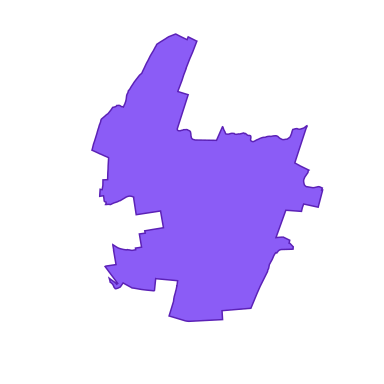 the district of Daneasa, Olt, Romania, rotated 307°
{"feature_id": "2599482B91026732160109", "entity_name": "Daneasa", "entity_type": "district", "adm_level": 2, "iso_a3": "ROU", "parent_name": "Romania", "parent_adm1": "Olt", "projection": "orthographic", "projection_center": [24.592, 44.122], "detail": "fine", "context": "isolated", "style": "filled", "palette": "violet", "viewbox_px": 384, "rotation_deg": 307, "n_neighbors": 0, "source": "geoboundaries", "source_scale": "gbopen_adm2", "svg_char_len": 5899}
<svg xmlns="http://www.w3.org/2000/svg" viewBox="0 0 384 384"><g transform="rotate(307 192 192)"><path d="M279.8,272.2L278.9,267.6L277.9,262.4L277.1,256.6L284.3,254.1L311.2,244.9L312.4,244.6L313.7,244.4L314.0,244.1L314.1,243.9L313.8,243.7L312.2,243.3L310.5,242.8L310.0,242.5L307.6,240.8L306.6,239.9L306.4,239.3L306.0,238.6L305.9,237.8L305.7,237.5L304.8,236.6L304.2,236.1L303.2,235.4L302.7,234.9L302.4,234.9L302.1,235.0L300.5,235.5L298.8,236.2L298.3,236.4L297.5,236.6L295.1,237.2L294.5,237.1L292.7,236.6L291.5,236.2L291.3,236.0L290.7,235.3L289.0,233.7L288.6,233.1L288.3,232.6L288.1,232.0L288.0,231.0L287.9,230.5L287.8,230.2L287.8,228.6L288.0,227.4L288.0,227.0L287.9,226.5L287.7,225.7L287.3,225.0L286.1,223.6L285.4,222.9L284.7,222.3L284.1,221.8L283.5,221.0L283.1,220.3L282.1,219.2L281.5,218.7L280.8,218.1L280.1,217.8L279.8,217.6L279.5,217.3L279.0,216.5L277.8,215.4L275.8,214.1L273.8,213.1L272.9,212.5L272.1,212.1L270.2,211.3L269.7,211.0L269.0,210.5L268.7,210.0L268.5,209.4L268.4,209.0L268.4,208.2L268.5,207.8L269.0,207.4L269.4,207.0L270.6,206.5L271.2,206.0L271.7,205.6L272.0,205.2L272.1,204.8L272.0,204.4L271.8,203.9L271.3,203.3L271.0,202.7L270.8,202.2L270.8,201.7L270.9,200.7L270.9,199.5L270.6,199.1L270.3,198.9L270.3,198.7L270.3,197.8L270.1,197.6L268.4,196.3L267.1,195.2L266.8,194.9L266.2,194.0L265.9,193.8L264.9,192.9L264.3,192.0L264.0,191.4L264.0,191.2L264.1,190.7L264.1,190.3L263.8,190.0L263.3,189.1L262.4,188.0L260.1,186.3L259.5,185.5L258.9,184.5L258.8,184.2L258.8,183.9L258.9,183.7L259.5,182.6L259.8,182.2L260.7,180.3L261.1,179.5L261.6,178.9L261.8,178.5L262.4,177.8L262.5,177.5L262.4,177.1L261.5,177.3L260.6,177.5L248.0,180.5L235.4,163.2L235.3,162.9L235.1,162.3L234.7,161.3L234.5,160.8L234.6,159.9L234.8,159.2L235.0,158.9L236.3,157.3L236.8,156.9L237.8,156.0L239.1,154.6L239.3,153.9L239.4,153.6L239.3,152.8L239.2,152.3L239.0,151.8L239.0,151.3L239.0,151.0L239.0,150.9L238.5,149.9L238.3,149.7L237.7,149.1L237.2,148.4L236.6,147.7L236.3,147.6L235.6,147.2L235.1,146.7L234.8,146.4L233.9,145.8L233.5,145.4L233.2,145.0L232.9,144.5L232.7,144.0L232.7,143.5L232.8,142.9L233.6,142.2L267.4,130.4L263.7,120.2L264.2,120.0L265.6,119.6L275.2,116.8L280.3,115.0L286.9,113.1L286.9,112.9L297.2,110.0L304.2,108.3L312.9,105.8L315.4,105.1L315.3,104.8L313.6,95.6L310.7,96.4L309.3,89.3L308.4,84.0L308.1,83.7L302.7,80.4L302.1,80.0L299.6,79.0L298.8,78.8L297.1,78.1L296.0,77.7L293.0,76.5L288.8,75.0L288.5,75.0L287.5,75.3L286.1,75.4L281.1,76.2L279.7,76.3L277.8,76.5L275.4,76.8L270.1,77.8L268.4,78.0L266.7,78.3L262.0,79.3L258.9,79.9L257.2,80.3L256.6,80.4L256.0,80.3L253.7,79.8L248.4,79.7L245.8,79.7L244.9,79.7L243.6,79.8L242.3,79.9L239.1,80.1L236.8,80.4L234.6,80.3L234.3,80.3L233.2,80.9L232.4,81.1L230.9,81.3L229.6,81.8L227.2,83.2L226.3,83.7L224.3,84.6L223.4,84.8L222.5,85.2L220.4,85.6L218.6,86.1L218.3,85.1L217.7,84.2L217.7,83.1L217.6,82.3L217.3,81.6L217.1,81.3L216.5,80.7L216.1,80.2L215.9,79.9L214.7,79.8L214.2,79.6L213.6,79.2L212.7,78.5L211.8,77.7L211.2,77.8L208.6,77.9L204.5,77.8L203.8,77.7L203.5,77.7L202.7,77.3L201.9,77.1L201.4,77.0L200.7,76.9L196.7,76.0L195.7,75.8L195.3,75.8L194.2,76.2L193.0,76.8L190.7,77.5L189.8,77.7L187.0,78.8L185.7,79.2L182.8,80.3L181.6,80.8L174.1,83.5L171.0,84.5L165.9,86.7L165.2,86.9L165.4,87.8L166.8,94.2L166.9,95.0L167.4,96.7L168.2,100.4L168.8,102.8L168.9,103.1L168.9,103.5L169.1,104.0L169.2,104.6L169.0,104.9L162.4,109.3L159.9,111.1L156.7,113.2L153.6,115.4L151.1,117.2L148.1,113.6L143.7,116.8L140.1,118.7L139.7,118.8L138.9,117.0L133.4,120.6L133.0,120.9L134.6,122.4L135.7,123.6L134.1,125.3L132.5,126.8L131.9,127.4L131.8,128.4L131.9,128.6L132.2,129.3L131.9,129.6L131.4,130.2L130.0,130.5L130.4,131.1L131.4,132.1L132.3,133.3L132.5,133.6L132.6,134.0L132.8,134.3L133.0,134.5L134.6,135.3L136.1,136.1L139.4,138.4L141.3,139.3L141.9,139.9L143.7,140.6L148.4,142.5L149.4,143.1L150.2,143.7L151.1,144.5L151.7,145.4L152.3,146.6L152.8,148.6L151.8,149.3L140.3,161.1L157.9,178.3L146.3,190.7L132.6,177.6L131.0,179.4L126.8,175.2L117.6,184.9L115.5,182.9L113.2,180.6L112.0,181.8L109.7,179.7L109.2,179.1L108.7,178.3L108.2,177.1L107.6,176.1L107.2,175.4L106.8,175.0L106.9,174.9L106.2,174.3L105.8,173.6L104.8,171.7L103.7,169.2L103.0,167.2L102.7,165.5L102.6,164.4L102.3,160.5L101.9,160.8L98.4,164.5L98.2,164.5L88.3,175.0L81.0,167.8L80.2,167.4L77.1,177.9L74.3,187.7L73.0,187.4L73.3,186.2L73.4,184.4L73.3,180.5L73.3,177.8L71.5,180.2L70.8,180.7L70.8,182.6L70.5,184.4L69.3,186.7L69.0,187.1L68.9,187.8L68.6,188.9L68.7,189.1L69.0,189.5L70.6,190.7L73.0,191.9L77.9,191.7L78.2,194.0L79.2,200.8L79.2,201.5L79.5,202.2L80.2,203.4L81.9,206.7L83.8,210.4L86.0,214.2L87.7,217.0L88.8,218.8L90.0,220.8L90.4,221.2L91.0,221.2L91.4,220.9L101.0,215.1L101.2,215.6L105.9,223.2L107.7,226.1L108.2,226.9L112.5,233.9L108.3,236.3L108.3,236.1L108.1,236.1L107.5,236.6L105.7,237.5L103.7,238.4L102.7,238.7L102.3,239.0L97.9,240.7L95.5,241.9L94.3,242.6L93.5,243.1L79.2,248.3L82.3,256.6L85.0,264.0L85.5,265.1L86.6,267.0L87.3,267.9L108.5,293.2L115.3,287.4L134.6,309.0L150.1,305.0L157.7,303.2L173.9,300.2L175.5,299.4L176.8,299.3L178.3,298.6L180.1,297.7L180.9,297.4L182.7,297.2L183.5,297.0L184.6,296.9L186.6,296.6L190.2,295.7L191.6,295.5L193.0,295.4L193.6,295.4L194.1,295.5L194.1,296.0L194.3,296.4L194.6,296.4L194.8,296.3L195.5,296.4L196.9,296.4L197.9,296.7L198.3,296.7L198.6,297.0L199.7,297.8L206.8,306.7L207.3,307.1L207.6,306.8L209.2,305.8L209.2,305.5L209.8,301.9L209.9,301.1L209.7,300.5L209.6,300.3L212.3,299.1L210.9,292.0L210.7,291.8L209.1,289.8L206.1,286.5L230.7,278.9L233.9,277.9L238.1,284.4L242.4,291.1L245.8,289.6L249.2,288.5L249.6,288.4L255.8,301.9L271.4,295.5L272.2,295.1L271.6,294.4L273.6,293.7L273.0,291.0L272.7,290.3L272.4,289.8L272.1,289.5L269.0,286.9L268.2,286.0L265.4,280.6L265.1,280.2L265.0,279.4L265.0,279.0L265.3,277.5L265.5,277.3L265.8,276.9L266.1,276.4L267.3,275.1L268.0,274.5L269.1,273.8L270.1,273.6L271.3,273.2L272.1,273.1L277.1,272.9L277.3,272.9L279.0,272.0L279.8,272.2Z" fill="#8b5cf6" stroke="#5b21b6" stroke-width="1.5"/></g></svg>